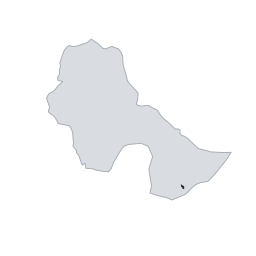 location of Piltene, Ventspils, Latvia, rotated 217°
{"feature_id": "27541924B10340241308043", "entity_name": "Piltene", "entity_type": "district", "adm_level": 2, "iso_a3": "LVA", "parent_name": "Latvia", "parent_adm1": "Ventspils", "projection": "orthographic", "projection_center": [21.685, 57.226], "detail": "fine", "context": "in_parent", "style": "filled", "palette": "slate", "viewbox_px": 256, "rotation_deg": 217, "n_neighbors": 0, "source": "geoboundaries", "source_scale": "gbopen_adm2", "svg_char_len": 2157}
<svg xmlns="http://www.w3.org/2000/svg" viewBox="0 0 256 256"><g transform="rotate(217 128 128)"><path d="M184.2,185.5L182.8,185.3L178.8,184.1L175.3,182.0L173.1,179.1L169.5,175.2L167.1,173.2L163.4,170.8L157.3,165.7L155.1,164.6L144.6,162.8L140.9,161.9L137.1,155.9L135.9,152.4L134.1,151.9L132.3,152.7L130.4,153.5L125.9,157.9L124.4,158.5L121.6,158.7L114.9,159.9L111.8,158.5L106.4,157.0L103.5,156.8L100.9,156.9L89.6,155.6L87.5,157.4L85.5,157.8L83.4,155.0L80.8,154.3L78.1,155.3L73.0,155.5L67.0,154.7L59.4,154.0L58.2,154.3L49.8,158.0L47.7,158.6L38.4,164.8L31.0,170.5L30.3,161.2L30.9,142.7L32.0,133.5L37.1,128.2L39.6,124.1L41.1,118.5L41.5,113.4L42.5,109.1L49.7,96.9L55.3,95.6L62.9,92.2L71.3,89.3L73.0,92.8L73.9,95.6L84.3,105.4L87.0,108.7L91.2,120.1L101.0,125.6L108.5,123.6L111.7,120.6L117.6,115.2L120.1,111.3L120.5,107.6L118.8,91.9L116.9,85.2L117.3,80.9L118.4,81.1L120.8,78.9L128.9,74.8L130.5,74.6L132.4,73.7L137.4,70.5L139.1,72.0L140.6,73.7L141.4,73.7L141.7,73.0L141.6,71.9L141.9,71.1L143.4,71.4L149.7,75.8L152.0,76.8L153.6,77.0L155.7,79.1L160.9,80.3L161.6,81.4L162.1,82.8L167.3,88.5L169.7,91.4L174.2,93.8L176.1,94.4L183.4,91.0L185.4,89.9L187.1,89.7L189.0,91.0L193.2,92.7L196.9,93.0L197.6,92.8L200.7,92.8L201.8,93.5L202.9,97.2L206.7,99.9L210.2,102.2L211.1,103.2L211.6,105.4L211.6,108.1L211.3,109.4L210.1,111.1L209.2,115.2L209.4,118.9L208.0,125.6L208.5,125.6L212.4,124.1L213.6,124.7L214.6,126.0L215.2,130.1L216.7,131.8L218.3,134.5L219.0,136.7L221.8,139.1L222.1,140.8L224.3,146.7L225.2,150.1L225.7,152.8L225.3,156.3L224.8,158.6L224.0,158.6L221.7,159.4L218.3,162.5L213.4,169.6L212.1,171.2L211.0,176.3L210.7,176.9L207.5,176.9L206.6,176.9L203.4,177.3L196.2,176.5L193.6,177.6L190.4,182.9L189.0,183.8L184.9,184.8L184.2,185.5Z" fill="#d9dde1" stroke="#a8b0b8" stroke-width="1"/><path d="M49.5,114.3L49.6,114.2L49.8,114.2L50.0,114.2L50.3,114.2L50.1,114.0L49.9,113.9L49.6,113.9L49.3,113.8L49.2,113.8L48.9,113.7L48.7,113.7L48.4,113.6L48.2,113.5L48.0,113.4L48.0,113.5L47.9,113.5L48.0,113.6L48.0,113.8L48.1,114.0L48.1,114.3L48.3,114.4L48.5,114.4L48.5,114.2L48.8,114.1L49.0,114.2L49.3,114.2L49.4,114.3L49.5,114.3Z" fill="#64748b" stroke="#1e293b" stroke-width="1.5"/></g></svg>